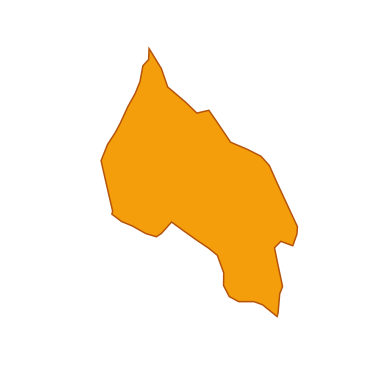 outline of Avesta, Dalarna, Sweden, rotated 246°
{"feature_id": "70781695B88125325572611", "entity_name": "Avesta", "entity_type": "district", "adm_level": 2, "iso_a3": "SWE", "parent_name": "Sweden", "parent_adm1": "Dalarna", "projection": "robinson", "projection_center": [16.37, 60.252], "detail": "fine", "context": "isolated", "style": "filled", "palette": "amber", "viewbox_px": 384, "rotation_deg": 246, "n_neighbors": 0, "source": "geoboundaries", "source_scale": "gbopen_adm2", "svg_char_len": 809}
<svg xmlns="http://www.w3.org/2000/svg" viewBox="0 0 384 384"><g transform="rotate(246 192 192)"><path d="M204.3,109.8L193.6,115.7L185.3,123.6L172.9,132.8L165.6,141.3L166.6,147.3L172.9,161.1L160.4,168.3L145.8,176.9L134.3,184.1L123.9,189.4L105.2,188.1L93.8,182.8L81.3,183.5L72.9,190.0L66.7,203.9L60.4,210.5L43.6,219.1L46.8,221.6L63.3,230.7L68.8,236.3L92.0,241.2L107.5,244.7L110.8,253.1L101.9,262.2L110.8,270.7L117.4,274.2L122.7,274.1L165.2,273.4L184.7,273.4L196.5,269.6L208.2,260.1L221.8,247.5L246.2,243.2L259.8,240.6L262.1,228.5L277.0,222.5L297.8,212.5L317.2,214.2L339.2,211.3L340.4,211.1L330.6,206.2L327.3,198.5L314.0,189.4L305.2,180.3L296.3,168.4L284.1,154.5L277.5,146.1L269.8,134.2L257.6,121.7L254.1,121.0L236.7,117.5L206.8,111.7L204.3,109.8Z" fill="#f59e0b" stroke="#b45309" stroke-width="1.5"/></g></svg>